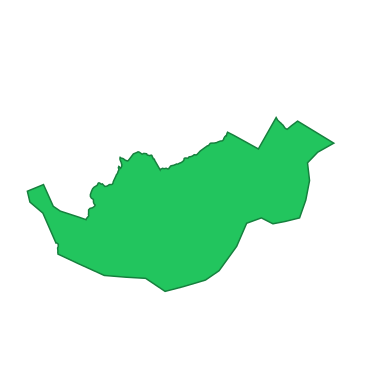 the district of Assin Fosu, Central, Ghana, rotated 150°
{"feature_id": "2480657B24956698199939", "entity_name": "Assin Fosu", "entity_type": "district", "adm_level": 2, "iso_a3": "GHA", "parent_name": "Ghana", "parent_adm1": "Central", "projection": "natural_earth1", "projection_center": [-1.29, 5.722], "detail": "fine", "context": "isolated", "style": "filled", "palette": "green", "viewbox_px": 384, "rotation_deg": 150, "n_neighbors": 0, "source": "geoboundaries", "source_scale": "gbopen_adm2", "svg_char_len": 5301}
<svg xmlns="http://www.w3.org/2000/svg" viewBox="0 0 384 384"><g transform="rotate(150 192 192)"><path d="M81.9,214.4L113.0,196.1L120.4,208.4L127.7,220.5L131.3,226.0L132.8,224.9L133.7,223.9L133.7,224.0L134.0,223.9L134.7,223.8L135.6,223.5L136.1,223.4L137.8,222.4L137.9,222.2L138.0,222.1L138.2,221.8L138.3,221.8L138.6,221.6L139.3,221.3L139.6,221.3L139.7,221.2L140.2,221.2L140.4,221.3L140.5,221.3L141.1,221.5L141.6,221.8L141.9,221.9L142.3,222.0L144.6,222.4L146.4,222.5L146.9,222.8L147.2,222.9L147.7,223.1L148.2,223.2L148.5,223.4L149.5,223.9L149.9,224.2L150.5,224.5L151.4,224.9L151.7,225.0L151.9,225.0L153.8,224.2L154.2,224.1L154.5,224.0L154.9,224.0L155.3,224.2L155.6,224.3L156.0,224.3L157.1,224.1L157.3,224.1L157.8,224.1L164.3,223.4L168.4,222.1L169.6,221.9L169.9,222.2L170.0,222.2L170.4,222.4L170.7,222.5L171.4,223.2L173.5,222.9L173.6,223.0L174.1,223.0L174.9,223.2L175.2,223.2L175.4,223.3L175.6,223.3L175.8,223.3L176.0,223.5L176.3,223.6L176.7,223.8L176.8,223.9L177.2,223.8L177.8,223.6L178.1,223.4L178.3,223.4L178.6,223.4L179.1,223.6L179.3,223.7L179.4,223.8L179.5,223.8L179.7,224.0L180.0,224.3L180.6,224.7L180.8,224.8L181.5,225.0L181.8,225.0L182.2,224.8L182.3,224.7L182.5,224.4L182.7,224.1L182.9,223.8L183.2,223.6L183.4,223.5L184.5,223.1L186.8,222.9L187.1,222.9L187.2,223.0L187.3,223.0L187.6,223.0L188.1,223.2L188.3,223.1L188.6,223.2L190.3,223.3L190.6,223.4L191.0,223.6L191.2,223.8L191.4,224.0L191.6,224.0L192.0,224.0L192.6,224.1L192.8,224.1L193.0,224.1L193.3,224.1L193.5,224.2L193.8,224.2L194.1,224.3L194.6,224.3L194.8,224.4L195.0,224.4L195.3,224.5L195.9,224.9L196.2,224.9L196.3,224.9L196.6,224.9L197.0,225.1L197.5,225.2L198.0,225.0L198.5,224.7L198.8,224.6L199.4,224.5L199.8,224.2L200.0,223.9L200.3,223.8L201.3,224.0L201.6,224.2L202.2,225.1L202.3,225.3L202.5,225.4L202.6,225.5L203.2,225.7L203.4,225.8L203.7,225.8L204.2,226.0L204.5,226.1L204.7,226.3L204.9,226.5L205.0,226.6L205.2,226.8L205.6,227.2L205.7,227.3L205.9,227.3L206.2,227.3L206.8,227.2L207.6,227.5L207.9,227.6L208.2,227.5L208.5,227.2L208.5,233.2L208.5,238.6L208.3,238.8L208.2,239.0L208.2,239.3L208.3,239.5L208.8,239.8L208.9,240.1L209.0,240.2L208.9,240.5L208.8,241.0L208.7,241.2L208.7,241.5L208.8,241.5L208.8,241.9L208.8,242.1L208.8,242.3L208.8,242.5L208.7,242.7L208.6,243.1L208.5,243.4L208.5,243.5L208.6,244.0L208.9,244.3L209.1,244.4L209.4,244.5L210.2,244.5L210.3,244.5L210.5,244.6L210.6,244.8L210.8,244.9L210.9,245.2L211.3,245.6L211.9,245.9L212.0,246.0L212.3,246.7L212.3,246.9L212.3,247.1L212.2,247.2L212.2,247.6L212.2,247.8L212.7,248.2L212.9,248.4L213.2,248.6L213.4,248.7L213.6,248.9L214.4,249.5L214.7,249.6L215.0,249.6L215.5,249.6L215.9,249.7L216.2,249.8L216.4,250.0L216.7,250.5L217.1,251.5L217.4,252.0L217.5,252.3L217.7,252.8L217.8,252.9L218.1,253.3L218.6,253.7L218.7,253.8L219.1,253.7L223.7,254.3L230.4,251.5L232.0,251.0L232.5,251.3L232.7,251.6L232.9,251.7L233.1,252.0L233.3,252.1L233.5,252.5L233.9,253.0L234.2,253.6L234.3,253.9L234.6,254.6L234.9,255.3L235.1,255.5L235.4,255.9L236.3,256.6L236.5,256.9L236.6,257.2L236.7,257.6L236.8,257.9L236.9,258.0L237.1,257.8L237.1,257.7L237.5,257.2L237.7,256.9L237.8,256.8L238.2,255.8L238.3,254.5L238.4,254.4L238.4,254.1L238.5,253.9L238.5,253.7L238.5,253.4L238.6,252.7L238.7,252.3L238.9,251.9L239.0,251.6L239.0,251.4L239.0,250.9L240.0,249.4L241.2,248.6L242.0,248.2L242.3,250.0L242.6,250.7L243.5,250.0L243.6,249.9L243.9,248.8L244.2,247.9L244.5,247.5L245.0,247.2L245.5,247.0L245.8,246.8L246.1,246.3L246.8,245.8L247.2,245.4L248.9,244.7L249.6,244.1L252.9,241.8L253.9,241.1L254.9,240.4L256.1,239.1L256.6,238.8L257.0,238.7L257.4,238.6L257.9,238.7L258.4,238.9L258.7,239.1L259.3,239.5L259.5,239.6L259.8,239.7L260.1,239.8L260.6,239.6L262.7,239.6L264.7,240.4L265.6,243.9L265.9,244.0L266.0,243.9L266.3,243.9L266.5,244.1L266.9,244.5L267.1,245.0L267.4,245.8L267.5,245.9L267.5,246.0L268.2,246.5L268.3,246.5L268.6,246.6L268.8,246.5L269.1,246.3L269.5,246.1L269.7,245.9L270.1,245.6L270.6,245.3L270.9,245.3L271.1,245.2L274.6,245.1L276.6,244.4L279.0,242.6L281.3,240.6L282.2,239.0L282.2,237.0L281.3,235.2L281.2,234.9L281.2,234.6L281.9,233.5L282.1,233.1L282.2,232.9L282.6,231.9L282.6,231.4L282.7,231.1L282.7,230.3L282.5,229.8L282.4,229.5L282.4,229.3L282.5,229.0L282.8,228.7L283.0,228.7L283.6,228.4L284.1,228.3L284.5,228.2L284.9,228.2L286.1,228.1L288.5,228.8L290.5,228.2L292.3,225.1L292.5,224.9L292.7,224.7L292.8,224.6L293.1,223.5L293.5,222.9L294.2,222.6L294.4,222.6L294.9,222.4L295.2,222.3L295.8,222.1L296.3,221.9L296.8,221.7L297.1,221.5L297.3,221.3L297.6,221.0L302.4,226.6L315.6,241.3L319.3,249.0L316.9,272.7L325.2,273.8L334.2,275.0L337.4,264.3L331.7,248.3L335.3,215.9L334.8,215.9L334.7,215.6L333.9,213.6L335.1,211.8L335.1,211.6L335.6,211.2L336.0,211.0L336.3,210.8L336.5,210.5L337.6,208.0L337.6,207.9L338.0,207.4L338.2,207.2L338.4,206.8L338.7,206.0L338.9,205.6L339.1,205.2L326.3,186.8L309.7,163.6L291.9,151.3L275.3,140.4L265.0,119.4L246.9,114.4L224.3,109.0L207.9,110.3L180.5,122.6L160.3,137.6L144.9,134.9L137.8,124.0L126.0,119.9L111.8,115.8L97.5,128.1L84.5,143.1L77.4,159.5L63.2,163.6L44.8,163.4L48.6,170.4L65.1,200.6L72.6,199.7L78.3,198.7L79.2,200.2L79.4,200.6L79.6,201.6L79.6,202.1L79.6,202.7L79.7,202.8L79.7,204.0L79.8,204.5L80.0,205.2L80.4,206.2L80.5,206.6L80.5,207.0L80.6,207.4L80.7,207.6L80.8,207.7L81.1,208.6L81.5,210.0L81.8,210.9L81.9,211.2L81.9,214.4Z" fill="#22c55e" stroke="#15803d" stroke-width="1.5"/></g></svg>